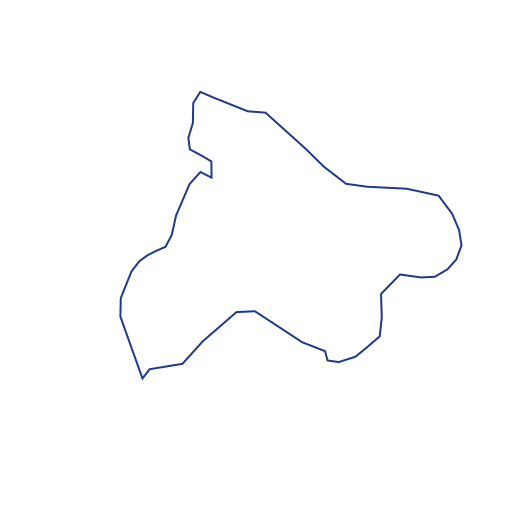 the district of Donghae-si, Gangwon, South Korea, rotated 222°
{"feature_id": "91817680B21216327036282", "entity_name": "Donghae-si", "entity_type": "district", "adm_level": 2, "iso_a3": "KOR", "parent_name": "South Korea", "parent_adm1": "Gangwon", "projection": "natural_earth1", "projection_center": [129.058, 37.511], "detail": "fine", "context": "isolated", "style": "outline", "palette": "blue", "viewbox_px": 512, "rotation_deg": 222, "n_neighbors": 0, "source": "geoboundaries", "source_scale": "gbopen_adm2", "svg_char_len": 825}
<svg xmlns="http://www.w3.org/2000/svg" viewBox="0 0 512 512"><g transform="rotate(222 256 256)"><path d="M132.9,226.2L123.5,232.6L114.7,247.7L112.5,261.8L110.3,279.1L121.2,294.2L137.7,311.5L136.6,338.6L119.0,350.5L109.2,360.2L104.8,374.3L104.8,380.8L104.8,387.3L110.3,401.3L122.3,411.1L138.7,418.7L160.7,423.0L189.2,406.7L219.8,381.8L237.4,369.9L264.8,367.8L292.2,368.9L315.2,368.9L344.8,368.9L359.0,358.0L394.1,345.1L407.2,340.7L405.0,327.7L391.9,312.6L385.3,298.5L376.5,291.0L363.4,294.2L352.4,296.4L341.5,284.5L353.5,281.2L353.5,265.0L342.5,232.6L332.7,215.3L329.4,202.3L333.8,192.6L337.1,183.9L339.2,174.2L338.2,161.2L332.7,146.1L328.3,134.2L316.2,120.2L258.4,89.0L259.3,100.7L238.5,126.7L238.5,156.9L233.0,201.2L219.9,214.2L164.0,222.8L141.0,231.5L132.9,226.2Z" fill="none" stroke="#1e3a8a" stroke-width="2"/></g></svg>